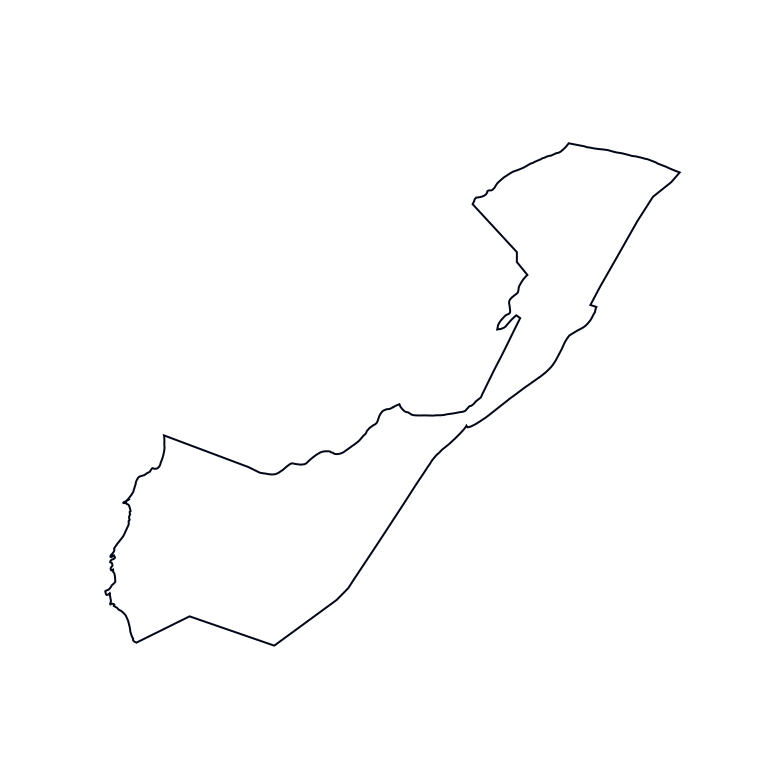 the district of Industrial Estate, Laborie, Saint Lucia, rotated 45°
{"feature_id": "8701671B45251476998803", "entity_name": "Industrial Estate", "entity_type": "district", "adm_level": 2, "iso_a3": "LCA", "parent_name": "Saint Lucia", "parent_adm1": "Laborie", "projection": "natural_earth1", "projection_center": [-60.975, 13.743], "detail": "fine", "context": "isolated", "style": "outline", "palette": "ink", "viewbox_px": 768, "rotation_deg": 45, "n_neighbors": 0, "source": "geoboundaries", "source_scale": "gbopen_adm2", "svg_char_len": 6106}
<svg xmlns="http://www.w3.org/2000/svg" viewBox="0 0 768 768"><g transform="rotate(45 384 384)"><path d="M425.5,265.4L427.0,263.3L427.6,262.7L429.1,259.2L429.2,258.5L429.3,257.1L429.1,255.0L428.7,248.9L428.8,244.3L429.0,241.9L433.7,241.1L437.4,252.2L443.0,268.5L446.7,279.5L452.0,296.2L460.6,321.4L462.0,325.0L461.2,331.7L461.4,332.6L461.5,335.0L461.3,336.7L461.1,337.8L460.4,338.6L460.1,339.8L460.3,342.9L460.4,344.5L460.4,345.7L459.3,348.0L457.4,350.5L454.4,355.0L450.0,360.8L447.9,364.1L447.0,364.9L446.2,366.1L444.3,367.9L443.0,369.3L440.9,371.8L435.6,376.8L431.2,381.3L428.0,384.3L426.5,385.4L425.1,386.2L423.9,386.4L421.2,387.0L419.1,388.3L418.3,388.6L417.2,388.8L414.7,388.8L411.8,388.5L409.2,387.4L407.8,390.8L407.3,392.3L407.1,393.4L407.0,393.9L406.6,394.2L406.5,395.3L405.9,397.0L405.4,397.9L404.3,399.3L403.4,400.6L402.7,402.4L402.2,404.1L402.4,406.4L402.8,408.2L403.2,409.6L405.9,415.2L406.3,416.6L406.3,418.6L405.8,420.1L405.4,421.8L405.3,423.0L404.9,424.7L404.9,426.2L405.1,428.6L405.2,429.5L405.9,431.1L406.2,432.7L406.0,435.1L406.4,439.4L406.5,442.2L406.2,445.1L405.7,448.4L405.4,449.7L405.1,452.0L403.6,460.9L403.0,462.6L402.1,464.4L401.0,466.1L399.7,467.4L398.6,468.3L397.7,468.6L397.0,468.7L396.3,468.9L394.8,469.7L393.5,470.0L392.3,470.8L391.3,471.9L390.3,472.8L389.6,473.7L388.4,475.3L387.4,477.4L386.7,479.9L386.2,482.1L385.6,486.4L385.4,488.0L385.2,491.1L385.2,493.1L385.1,495.1L384.7,496.5L384.1,497.5L383.4,498.3L382.7,499.3L381.9,500.1L378.6,502.7L375.8,504.6L375.4,504.8L374.8,505.6L374.2,506.8L373.6,510.9L373.2,516.3L372.2,521.4L371.5,523.4L370.6,525.0L369.0,527.0L367.7,528.1L366.0,529.5L363.7,531.0L361.7,532.6L359.7,534.0L358.7,534.6L346.9,538.6L264.8,575.9L265.3,576.2L267.7,578.3L270.5,581.1L271.2,581.9L273.7,584.1L275.2,585.8L276.8,588.1L278.4,590.6L280.4,594.3L281.4,596.8L281.9,597.8L282.7,599.1L283.4,600.9L283.5,602.1L283.4,603.5L282.9,604.9L282.5,605.3L282.2,605.7L281.3,606.5L280.4,606.8L279.9,607.1L279.7,607.8L279.8,608.9L280.2,610.6L280.4,611.4L280.3,612.3L279.9,613.4L279.6,614.2L279.0,617.6L278.7,618.5L278.1,619.3L277.9,619.9L276.5,622.5L276.4,623.9L277.1,626.8L278.0,628.9L279.3,630.6L280.5,633.1L281.4,634.6L282.0,636.0L282.8,637.0L283.3,639.0L283.8,641.1L284.4,645.6L284.4,646.8L285.2,646.4L285.1,647.0L284.7,648.4L284.1,650.2L283.6,651.3L283.5,652.1L283.8,652.4L284.3,652.1L284.9,651.5L285.4,650.6L285.7,650.3L286.4,650.7L287.0,650.8L287.6,650.4L288.8,650.1L289.7,650.3L291.0,650.9L293.3,652.1L294.7,653.1L294.6,654.2L294.9,654.5L295.5,655.1L296.5,655.5L296.9,656.2L297.2,657.4L298.3,658.8L298.7,659.2L300.2,659.9L300.4,661.6L302.1,663.0L302.5,663.7L303.0,664.3L305.0,669.7L305.6,671.4L306.3,673.1L307.0,675.2L307.3,676.3L307.6,678.4L308.4,685.6L309.2,690.1L309.7,691.5L310.5,691.8L310.7,692.0L311.0,692.6L311.4,693.1L311.9,696.1L311.9,697.5L312.0,698.5L312.4,699.3L312.9,699.6L313.6,699.1L313.8,698.8L313.9,698.1L313.9,696.7L314.2,696.2L314.9,696.7L315.5,696.6L316.2,696.7L316.7,697.3L316.6,698.6L316.4,699.4L316.0,700.0L315.7,701.0L315.6,702.0L315.8,702.8L316.4,703.6L317.6,703.1L318.5,703.1L320.1,704.1L320.5,704.5L320.7,706.7L321.1,707.6L321.4,708.0L322.4,708.6L323.2,708.4L323.4,707.4L323.6,706.8L324.2,707.2L325.2,708.3L327.2,708.6L328.3,709.3L329.9,710.4L333.4,713.4L333.8,713.9L334.0,714.9L334.1,716.3L333.9,717.5L333.9,718.9L334.3,720.3L334.6,721.9L334.7,723.3L334.6,724.3L333.5,726.9L333.4,727.5L333.7,727.9L336.3,729.3L337.0,729.3L337.9,728.0L338.0,727.4L338.0,725.8L338.6,726.0L339.1,726.9L344.1,730.3L344.8,731.1L345.6,732.8L345.8,733.1L346.4,733.3L347.0,731.7L347.8,731.1L348.8,730.7L349.4,730.7L349.6,731.6L349.8,732.0L351.9,731.5L352.9,731.1L356.3,731.1L358.6,730.3L361.8,730.1L364.0,730.2L365.0,730.3L369.4,731.9L371.1,732.7L373.4,734.1L375.9,735.6L377.1,736.4L378.2,737.3L379.8,738.5L381.9,739.6L383.2,740.3L385.1,741.1L386.8,741.5L387.2,742.1L387.6,742.5L388.1,742.7L389.8,742.7L391.2,742.1L391.8,742.0L410.8,685.8L491.4,646.6L503.2,570.3L503.1,554.0L503.1,553.7L500.9,543.5L494.0,509.3L490.0,489.9L482.0,451.8L478.4,435.4L476.8,427.7L474.7,416.9L473.7,412.5L473.1,408.8L472.0,404.0L471.4,398.2L471.4,395.9L471.6,394.3L471.5,389.3L472.5,380.6L472.8,372.0L472.8,365.1L472.6,360.3L472.1,356.0L471.8,355.2L473.7,355.5L474.2,354.9L475.1,353.3L475.5,352.5L476.0,351.1L476.8,348.7L477.2,347.3L478.3,342.7L478.7,340.3L479.6,336.3L480.3,331.0L483.0,308.1L483.4,304.7L484.4,298.5L485.9,287.6L487.8,277.0L489.4,267.5L489.9,263.6L490.1,261.7L490.2,257.7L490.2,254.1L489.9,251.6L489.1,247.2L488.3,244.4L485.2,234.3L484.6,232.6L482.9,228.2L482.4,226.6L481.9,225.0L481.4,222.8L480.8,219.2L480.9,217.9L482.4,211.7L483.1,209.0L484.3,205.3L484.9,203.0L485.3,200.5L485.3,199.2L485.3,197.7L485.1,194.9L484.9,193.1L484.4,191.1L482.8,186.0L482.4,184.1L481.4,182.7L480.4,180.9L479.7,179.3L474.1,182.2L468.0,162.4L459.3,130.5L448.0,89.7L441.8,61.5L444.4,38.1L443.5,25.3L440.9,26.5L435.1,29.0L429.7,31.0L421.9,34.5L419.3,35.2L415.2,37.0L411.4,38.7L408.9,40.4L406.9,41.4L401.1,45.0L398.1,47.4L394.6,49.3L388.8,52.8L385.2,55.5L382.7,57.1L378.7,59.3L376.5,60.6L372.7,63.5L371.0,65.0L367.8,67.5L366.8,68.2L365.8,69.0L363.2,70.7L359.8,73.2L357.7,74.2L344.4,83.2L344.9,87.2L344.9,91.5L344.6,94.8L344.0,96.9L342.7,98.8L340.4,104.9L339.7,105.4L338.5,107.7L337.2,111.0L336.4,112.3L336.0,114.1L333.5,120.3L332.9,122.5L331.8,124.5L330.4,129.9L329.6,132.6L327.4,137.9L325.1,142.6L324.2,145.9L323.4,149.9L322.7,153.0L322.4,156.8L322.2,160.5L322.2,162.0L322.8,165.1L323.4,167.0L323.4,169.8L323.0,171.2L321.7,172.5L321.0,173.4L320.8,174.8L321.6,175.6L322.0,177.8L321.6,180.4L320.5,182.7L319.1,184.9L317.4,187.0L317.5,187.3L317.4,188.5L317.7,189.7L318.5,191.0L319.5,194.2L384.7,196.8L391.7,203.8L408.3,205.5L408.2,207.6L408.5,211.5L409.0,214.0L409.8,217.2L410.4,219.2L410.9,220.2L411.3,220.8L412.9,222.9L413.7,224.2L413.9,224.6L414.0,225.8L413.3,231.3L413.2,233.1L413.4,235.2L413.7,236.2L414.1,237.1L415.1,238.2L415.7,238.7L417.5,239.9L421.5,243.1L422.4,244.1L422.7,245.0L422.7,245.8L422.4,246.9L421.6,248.8L421.4,250.6L421.7,256.5L421.8,256.9L422.2,259.0L422.7,260.8L423.0,261.6L423.7,262.7L424.9,264.4L425.5,265.4Z" fill="none" stroke="#020617" stroke-width="2"/></g></svg>